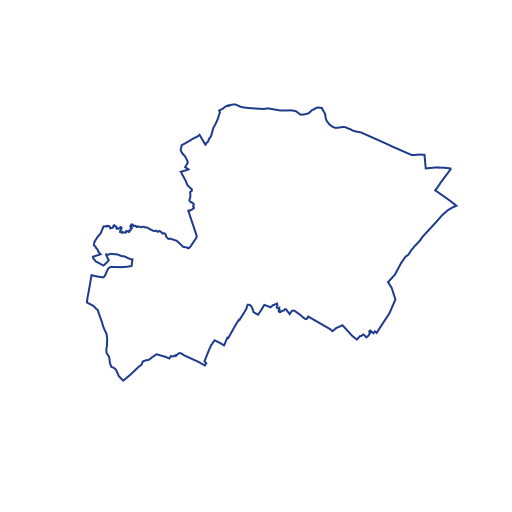 the district of Salard, Bihor, Romania, rotated 211°
{"feature_id": "2599482B49105030234410", "entity_name": "Salard", "entity_type": "district", "adm_level": 2, "iso_a3": "ROU", "parent_name": "Romania", "parent_adm1": "Bihor", "projection": "mercator", "projection_center": [22.046, 47.233], "detail": "fine", "context": "isolated", "style": "outline", "palette": "blue", "viewbox_px": 512, "rotation_deg": 211, "n_neighbors": 0, "source": "geoboundaries", "source_scale": "gbopen_adm2", "svg_char_len": 6139}
<svg xmlns="http://www.w3.org/2000/svg" viewBox="0 0 512 512"><g transform="rotate(211 256 256)"><path d="M357.3,370.8L358.8,368.9L359.7,367.1L360.1,365.6L362.5,361.7L360.8,360.5L360.7,359.6L359.3,353.5L359.0,351.0L358.7,348.3L358.5,343.6L358.2,342.4L357.4,340.0L357.1,339.3L357.2,338.4L356.8,337.6L356.6,337.3L356.5,336.6L356.2,334.3L356.6,332.6L356.2,330.4L356.1,328.9L356.8,327.1L356.4,325.5L356.7,325.3L366.6,330.7L366.6,330.4L366.8,330.4L367.4,329.3L367.5,328.9L367.8,328.2L369.9,325.0L371.2,322.7L371.5,322.3L371.5,321.9L376.8,312.5L375.6,309.6L375.3,308.2L373.4,306.7L372.6,306.5L372.0,306.0L370.8,305.8L370.3,305.3L369.2,305.3L368.5,305.1L363.8,302.2L362.5,300.7L362.5,295.6L358.5,295.5L358.9,294.7L363.7,289.6L363.0,289.5L362.6,288.8L361.4,287.9L359.9,287.2L354.8,284.1L352.5,282.3L350.9,281.3L345.3,280.0L344.9,279.4L344.6,278.8L345.3,277.2L345.3,276.7L343.2,273.8L342.2,271.4L342.1,270.3L342.0,269.7L341.6,269.2L340.4,268.7L339.5,268.5L339.1,268.9L338.1,268.9L336.7,268.7L335.9,268.2L335.7,267.8L335.6,267.4L335.7,266.8L335.4,266.1L334.4,265.5L334.1,265.5L334.0,265.3L333.9,264.8L335.3,261.9L335.8,261.2L337.0,260.6L337.4,260.0L317.2,242.7L316.5,241.2L316.9,233.6L317.0,230.3L317.4,228.7L318.3,227.5L319.1,227.9L323.2,226.3L327.2,227.3L331.3,228.1L332.4,228.1L336.6,227.1L338.2,226.9L339.7,225.6L340.0,225.5L342.0,226.1L343.0,226.3L344.1,227.5L345.1,228.2L345.6,228.3L347.1,227.9L347.5,227.1L347.9,227.1L349.2,227.6L351.3,227.8L351.6,227.8L352.3,226.6L352.7,226.2L353.4,226.0L354.1,226.4L354.4,226.4L354.8,226.2L355.9,225.1L356.5,224.8L361.0,224.3L363.7,224.3L364.2,224.3L365.7,223.5L367.3,223.1L368.5,222.5L369.4,221.4L371.2,221.0L372.9,220.3L372.9,219.6L373.2,219.4L375.2,219.7L376.0,218.9L376.6,218.6L377.1,218.7L377.3,219.0L377.7,219.4L379.1,218.9L379.0,218.0L379.1,217.4L378.9,216.6L377.8,216.6L376.8,216.0L377.6,215.2L377.6,214.9L376.8,213.8L376.8,213.3L377.7,212.5L377.2,211.9L377.1,211.6L377.1,211.4L377.3,211.1L379.3,211.0L380.1,210.5L380.0,210.0L379.7,209.5L379.7,209.0L380.1,208.6L381.4,208.1L382.6,207.9L382.5,207.3L382.6,207.0L382.8,206.7L383.0,206.7L383.8,207.0L384.9,206.6L385.3,207.4L385.2,209.4L385.9,211.1L386.7,211.2L387.1,211.0L387.3,209.5L387.9,208.8L388.3,208.1L388.9,208.1L389.6,207.7L389.9,207.8L390.0,208.0L389.8,208.6L391.4,209.3L392.3,209.0L393.3,209.4L393.8,208.6L393.2,207.2L393.6,206.2L395.0,204.7L395.4,204.8L396.3,205.8L397.1,205.9L398.4,205.7L398.9,204.4L399.2,204.3L400.0,204.5L401.5,202.8L401.9,202.7L400.8,195.3L401.6,190.9L401.8,185.0L400.5,181.8L400.2,181.6L398.3,181.3L396.6,180.2L395.6,180.1L394.5,179.6L394.1,179.3L393.9,178.8L393.4,178.5L390.1,177.4L395.4,171.4L394.3,170.2L390.5,168.8L385.7,169.1L382.0,169.2L381.3,170.5L381.2,171.4L380.4,174.3L380.0,176.5L380.2,176.8L381.7,177.5L383.2,178.5L385.2,180.0L385.3,180.2L383.4,181.0L382.8,181.5L382.0,182.8L376.1,185.7L374.8,186.1L371.1,186.7L369.1,187.7L367.1,188.2L365.7,188.1L363.0,188.5L361.4,188.9L360.2,189.5L357.5,183.4L361.5,179.9L362.5,179.4L363.6,178.5L365.9,176.9L374.7,172.0L375.2,171.4L376.0,169.8L376.2,168.6L375.6,163.4L375.3,161.7L375.5,160.0L376.0,158.9L383.3,156.0L387.1,154.9L380.7,138.3L379.0,133.6L377.2,129.5L376.9,129.1L369.8,129.5L367.4,128.9L365.6,128.4L363.6,128.1L361.7,126.3L353.0,119.1L352.1,118.1L349.4,115.9L345.2,113.0L344.1,112.4L340.8,108.2L340.0,106.7L339.8,106.0L339.2,105.5L338.6,104.2L337.7,102.8L337.0,100.8L336.4,99.3L335.4,97.6L334.0,95.8L332.1,95.0L330.6,94.1L330.0,94.0L326.5,89.6L324.7,87.8L322.6,86.4L320.9,86.9L320.1,86.9L317.5,86.4L311.6,82.3L305.6,80.8L302.5,89.7L299.3,101.2L298.3,103.4L298.2,104.8L298.7,107.1L298.2,108.1L296.1,110.4L294.6,111.5L293.4,114.1L293.0,115.6L292.1,117.3L290.7,120.5L281.8,122.9L277.5,123.5L277.4,126.4L276.8,126.7L275.8,126.8L274.9,127.9L274.4,128.2L274.1,129.2L273.4,129.8L273.1,129.5L273.0,130.2L272.2,132.6L271.7,133.2L270.9,133.7L269.8,133.9L268.8,134.0L266.7,133.8L250.9,135.6L243.5,135.8L243.4,138.5L245.9,139.1L247.7,149.9L248.5,156.5L248.1,162.4L242.4,162.9L237.4,162.9L237.5,164.4L238.5,171.2L237.5,171.3L238.0,187.0L237.8,192.1L237.8,192.7L237.2,192.8L237.0,205.5L238.1,209.9L236.2,210.9L234.0,210.4L232.1,209.2L229.2,206.6L224.0,206.7L223.7,211.9L223.7,218.4L218.7,219.3L217.7,219.3L217.2,219.5L216.7,220.5L216.2,222.5L215.1,223.6L214.7,224.5L213.9,225.3L213.6,226.0L212.5,225.1L212.1,224.5L212.0,223.1L211.7,222.5L211.2,222.3L210.0,222.4L209.6,223.0L209.4,223.5L208.7,222.2L207.9,221.9L208.2,220.6L207.8,220.2L207.3,220.0L206.7,220.1L206.2,220.5L205.6,221.8L204.0,223.8L204.0,225.0L202.9,225.8L197.2,223.5L197.0,227.4L195.2,228.9L187.1,228.3L183.8,227.5L181.0,227.5L180.1,228.3L179.9,229.5L180.3,230.8L180.2,231.0L154.7,231.5L151.7,230.9L150.2,235.4L146.2,241.2L132.4,237.1L126.5,236.3L125.5,241.1L124.8,241.3L123.6,244.0L122.3,243.9L119.5,243.1L118.7,245.1L118.6,248.1L118.5,249.1L119.2,249.1L120.0,249.4L119.8,250.1L119.9,250.5L119.8,251.0L115.6,250.2L115.2,252.7L113.0,252.2L112.5,267.0L112.2,272.5L112.2,276.0L114.1,290.5L123.2,298.5L129.4,301.6L127.3,311.6L128.0,324.6L127.5,332.5L126.4,334.7L126.0,336.1L125.9,341.4L125.5,342.9L125.0,347.0L124.7,347.6L123.6,353.0L123.4,353.4L123.2,354.7L123.4,354.8L123.4,355.7L122.9,359.5L118.9,378.6L117.8,385.0L117.4,386.9L115.7,392.4L115.2,393.9L112.7,398.6L110.1,402.3L119.3,403.4L136.2,404.6L135.7,409.6L135.5,412.9L135.6,413.6L135.6,414.4L135.3,415.4L134.9,420.6L134.3,425.8L133.9,430.7L134.5,431.2L139.9,428.7L145.7,425.4L145.8,425.6L146.5,425.2L155.6,418.5L163.7,429.5L167.5,427.5L173.9,423.1L174.9,422.7L194.9,420.1L203.5,419.2L229.7,416.0L233.8,414.4L236.5,413.6L238.4,413.3L240.6,413.3L242.5,412.7L243.7,412.7L245.7,412.4L246.5,412.1L248.5,411.0L249.8,409.8L253.4,407.0L254.7,406.5L255.9,406.3L257.4,406.2L260.6,406.5L265.0,408.2L265.8,408.8L266.3,409.4L267.1,409.9L269.1,412.3L270.2,413.5L271.3,414.2L275.0,416.2L275.7,416.8L279.4,415.2L280.7,413.9L281.6,412.0L283.2,409.7L284.2,406.0L284.7,405.1L287.0,402.7L290.1,400.3L290.9,400.1L296.3,400.7L300.2,399.3L309.2,393.8L311.2,392.8L321.6,388.8L325.6,385.7L326.5,385.2L337.0,379.8L341.0,377.9L343.9,376.7L346.5,375.9L351.2,375.4L353.1,374.5L355.2,372.7L356.9,370.4L357.1,370.3L357.3,370.8Z" fill="none" stroke="#1e3a8a" stroke-width="2"/></g></svg>